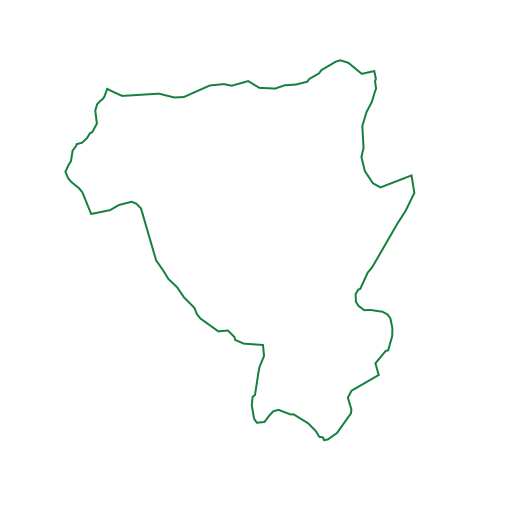 outline of San Juan Ermita, Chiquimula, Guatemala, rotated 168°
{"feature_id": "79465075B27447388470202", "entity_name": "San Juan Ermita", "entity_type": "district", "adm_level": 2, "iso_a3": "GTM", "parent_name": "Guatemala", "parent_adm1": "Chiquimula", "projection": "equal_earth", "projection_center": [-89.425, 14.743], "detail": "fine", "context": "isolated", "style": "outline", "palette": "green", "viewbox_px": 512, "rotation_deg": 168, "n_neighbors": 0, "source": "geoboundaries", "source_scale": "gbopen_adm2", "svg_char_len": 1659}
<svg xmlns="http://www.w3.org/2000/svg" viewBox="0 0 512 512"><g transform="rotate(168 256 256)"><path d="M87.1,302.5L120.0,297.2L126.5,302.8L131.9,316.5L132.3,330.9L128.3,339.4L125.0,361.0L117.9,373.9L110.6,382.7L105.7,391.7L103.7,394.8L103.3,402.0L101.9,404.4L101.9,412.3L114.7,412.2L125.4,425.7L132.6,429.8L137.3,429.6L153.2,424.3L156.5,421.5L167.1,418.1L169.6,415.8L181.4,415.4L192.3,417.0L202.5,415.8L217.8,419.8L227.3,428.7L244.4,427.6L251.6,430.8L265.7,432.4L293.5,426.5L302.9,428.0L317.3,435.0L353.6,440.4L362.7,447.1L366.8,450.4L371.0,443.7L372.4,442.1L374.3,440.9L376.1,440.1L379.9,437.4L383.0,431.6L384.1,418.6L390.5,411.1L392.8,410.7L397.1,406.2L402.6,403.0L408.2,402.7L409.0,401.2L413.5,397.1L417.3,387.2L420.1,384.4L424.9,378.1L423.6,371.1L421.4,367.0L415.1,359.2L412.6,354.4L408.5,331.4L389.1,331.2L379.5,334.4L366.3,334.9L362.1,332.0L358.6,326.4L354.6,272.5L349.7,260.9L346.4,251.6L339.7,241.9L335.1,230.6L327.0,218.0L325.9,211.4L323.3,206.3L308.5,190.1L299.1,189.0L293.9,181.3L293.8,178.2L286.1,172.8L267.7,167.5L268.9,156.6L275.7,146.6L278.1,140.8L285.9,120.3L288.6,118.9L291.2,110.6L291.7,97.1L289.8,92.7L282.2,91.9L277.0,96.5L271.6,100.4L266.1,100.9L255.1,93.8L252.1,93.3L239.6,81.3L233.8,72.1L231.7,66.0L228.2,64.6L227.7,61.7L223.8,61.6L213.5,66.1L195.9,82.3L194.6,86.0L195.6,98.2L190.6,104.4L160.7,114.1L161.5,126.2L149.0,136.1L146.3,136.3L145.4,138.1L139.4,149.4L137.6,156.9L137.5,167.1L139.5,171.5L143.9,175.2L155.2,179.4L161.4,180.5L166.1,185.9L167.8,190.5L166.5,198.0L162.8,202.0L161.0,202.0L150.2,216.5L145.5,220.2L143.0,222.7L111.5,257.7L100.0,269.4L88.0,284.8L87.1,302.5Z" fill="none" stroke="#15803d" stroke-width="2"/></g></svg>